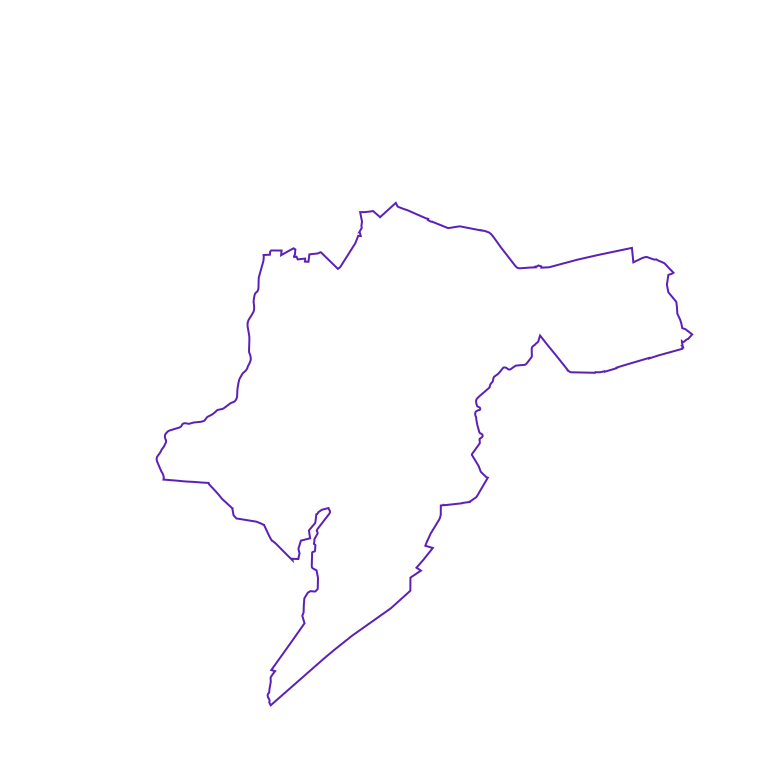 the district of Barkavas pag., Madona, Latvia, rotated 320°
{"feature_id": "27541924B85435526421867", "entity_name": "Barkavas pag.", "entity_type": "district", "adm_level": 2, "iso_a3": "LVA", "parent_name": "Latvia", "parent_adm1": "Madona", "projection": "mercator", "projection_center": [26.589, 56.738], "detail": "fine", "context": "isolated", "style": "outline", "palette": "violet", "viewbox_px": 768, "rotation_deg": 320, "n_neighbors": 0, "source": "geoboundaries", "source_scale": "gbopen_adm2", "svg_char_len": 6097}
<svg xmlns="http://www.w3.org/2000/svg" viewBox="0 0 768 768"><g transform="rotate(320 384 384)"><path d="M661.4,439.1L630.6,422.6L616.4,415.3L612.1,413.1L585.5,400.7L579.3,396.0L580.1,395.0L578.4,392.4L577.6,392.4L577.1,392.3L575.0,391.2L574.9,391.3L574.9,391.9L570.9,388.8L562.3,382.6L561.3,381.5L560.7,380.3L560.5,377.8L561.4,354.0L561.9,348.1L562.4,341.0L562.4,338.0L561.8,335.3L560.3,332.9L560.2,332.4L557.2,328.6L557.1,328.8L543.4,311.9L533.3,305.8L525.5,291.2L525.3,290.7L525.1,290.7L524.3,289.7L523.0,286.5L524.0,285.9L522.8,284.3L522.5,283.8L513.5,265.6L511.6,262.6L509.0,257.9L508.6,257.0L508.5,256.7L509.5,252.9L505.3,253.0L488.2,253.7L488.1,252.6L486.8,244.5L484.2,242.9L479.9,240.1L476.2,237.0L471.8,245.0L471.5,245.5L468.4,248.3L467.3,250.1L462.7,251.8L462.9,251.9L462.6,253.0L461.3,255.7L459.5,253.9L452.6,257.7L451.0,258.2L440.4,261.6L425.6,266.3L422.7,266.2L420.3,242.6L420.0,242.2L417.1,241.4L411.4,237.5L411.2,237.5L410.1,236.8L404.7,241.8L402.1,239.4L402.7,239.0L404.2,237.2L398.0,233.1L398.8,230.2L396.8,229.0L397.0,228.4L399.1,227.5L399.7,226.9L402.1,224.3L402.6,224.0L401.9,221.9L397.1,220.9L388.0,219.2L391.3,215.9L383.4,209.2L381.9,209.4L379.7,211.6L375.1,208.1L374.5,207.8L373.9,208.9L373.2,209.8L370.6,212.3L356.6,221.9L354.6,224.0L352.1,226.9L349.3,230.0L348.7,230.5L347.7,231.1L346.6,231.7L344.6,231.7L343.8,231.8L343.1,232.1L342.3,232.5L339.6,234.6L337.6,236.5L336.1,238.4L334.7,240.7L332.6,243.2L331.0,244.5L330.2,244.9L327.2,246.0L321.4,247.9L319.3,249.2L318.7,249.6L318.1,250.3L316.3,252.5L315.4,254.2L312.0,260.0L311.1,261.4L308.4,264.6L302.2,271.5L301.1,272.9L300.1,275.8L299.5,277.0L298.6,278.5L297.6,279.7L296.4,280.5L294.7,281.5L291.5,282.8L289.9,283.7L289.1,284.2L286.7,284.9L284.6,285.0L283.3,284.9L282.3,285.1L276.9,287.1L275.5,287.9L272.6,290.1L271.0,291.6L269.2,293.0L267.4,294.8L263.4,299.2L262.6,299.9L260.9,300.7L259.8,301.1L257.9,301.3L254.4,300.1L253.2,300.0L246.9,299.7L244.4,299.4L240.2,297.1L239.0,296.8L236.7,297.0L232.8,296.9L228.0,295.8L227.2,295.7L223.0,296.6L222.4,296.6L219.5,295.3L214.4,291.8L213.3,291.1L209.5,289.4L208.8,288.9L208.3,288.4L206.6,286.3L206.0,285.9L204.9,285.3L203.7,285.2L201.3,286.1L200.3,286.0L199.5,285.9L189.6,281.7L188.7,281.5L187.7,281.4L185.3,281.7L184.3,281.9L183.5,282.3L182.8,282.9L182.2,283.5L181.9,284.1L181.2,285.7L180.9,286.7L180.5,287.5L179.9,288.2L179.3,288.6L175.1,290.5L171.9,291.2L171.1,291.5L170.1,292.0L168.3,292.7L164.6,293.6L163.0,294.1L161.9,295.0L161.2,295.9L160.4,297.3L159.8,299.4L157.4,307.3L157.1,308.6L157.1,309.2L156.5,311.6L155.6,313.4L155.0,314.3L153.6,315.5L154.3,316.1L156.6,318.4L162.0,323.7L169.7,331.5L174.6,336.0L181.0,342.3L186.1,347.1L185.5,348.4L186.0,356.5L186.2,362.7L186.1,367.9L187.9,381.7L188.0,381.9L187.7,382.0L184.3,388.0L184.5,392.1L197.9,407.6L200.6,412.9L200.9,413.8L201.0,413.8L201.4,414.8L201.5,414.9L198.8,425.0L197.9,428.8L197.4,432.0L197.7,432.3L198.5,436.2L199.8,452.0L200.6,460.2L201.3,458.9L205.9,463.0L206.2,462.8L206.1,462.7L210.4,459.5L212.4,455.4L212.6,455.2L219.6,450.6L219.9,450.7L228.2,454.7L230.3,451.3L232.3,448.0L233.9,447.6L241.8,446.3L243.7,444.8L248.4,440.3L249.3,440.7L251.6,440.0L255.5,440.4L261.7,443.3L260.8,446.7L260.4,447.3L259.8,447.8L258.8,448.2L240.0,452.3L238.4,453.0L238.1,453.2L237.9,454.5L237.7,454.9L237.4,455.4L237.1,455.8L230.8,458.2L230.6,458.4L229.9,459.5L227.7,461.2L227.5,461.6L227.9,462.9L227.9,463.3L224.1,467.3L223.4,467.7L221.3,466.8L221.0,466.8L220.4,467.1L216.7,471.4L215.8,472.3L215.0,473.2L211.4,477.3L210.9,478.3L210.9,478.6L211.0,479.6L212.5,483.3L212.4,483.7L208.8,490.1L201.6,498.3L201.4,498.4L198.1,498.8L197.5,498.4L194.5,495.4L191.5,494.9L185.2,497.0L180.3,502.0L175.6,507.3L172.4,509.1L169.3,516.2L148.7,521.7L113.8,530.7L116.0,534.0L112.1,534.8L108.5,535.9L105.8,539.4L100.4,543.9L97.6,546.6L95.7,546.9L94.5,548.0L93.6,549.8L93.7,550.4L93.2,552.2L92.8,553.1L91.4,554.2L90.7,557.3L162.2,555.7L174.0,555.7L197.8,556.3L245.0,560.2L271.3,559.3L279.8,549.3L292.3,550.7L290.8,545.6L301.0,544.0L316.0,541.0L311.7,534.5L315.9,532.1L316.0,532.2L323.5,528.6L339.5,523.2L340.8,522.5L343.5,520.6L349.4,513.6L351.6,515.0L351.9,514.8L352.4,515.7L367.2,525.6L367.5,525.5L373.3,529.1L373.3,528.9L373.9,529.1L373.9,529.3L381.9,530.0L382.9,529.8L403.3,522.5L402.5,521.2L402.5,520.4L402.4,520.1L401.7,513.5L403.6,508.2L403.8,507.5L405.7,495.2L405.8,494.7L406.5,494.2L418.8,491.1L419.5,490.8L421.2,488.4L421.9,487.5L424.9,487.7L425.6,487.6L426.2,487.1L426.6,486.6L426.8,485.9L426.6,484.7L426.0,483.7L426.0,483.1L426.0,482.3L428.4,477.0L429.3,475.1L431.3,471.5L432.4,469.8L432.8,469.3L433.3,468.4L433.7,466.9L434.5,465.6L435.8,464.5L436.5,464.2L437.3,464.2L439.4,464.7L440.3,465.3L440.9,465.4L441.6,465.1L442.1,464.3L442.2,463.6L441.2,461.2L441.2,460.6L441.8,459.1L442.4,457.9L443.7,456.1L445.2,455.1L445.7,455.0L448.9,454.7L462.6,454.5L464.3,453.2L465.2,452.7L466.6,452.3L468.4,452.1L469.1,451.8L471.7,449.8L472.7,449.3L473.7,449.3L477.6,449.6L480.1,449.3L485.6,448.2L486.3,448.3L487.3,449.1L487.6,449.5L488.1,450.3L488.6,452.5L489.1,453.4L489.8,453.8L490.9,454.1L492.7,454.2L496.6,454.6L498.2,455.6L504.0,459.7L505.2,460.1L506.0,460.0L507.0,459.9L514.5,458.2L514.8,458.0L515.6,457.2L520.0,451.7L520.9,451.1L522.0,450.8L523.4,450.8L524.5,451.0L526.7,450.7L528.1,450.8L529.3,450.7L534.7,447.2L534.3,460.7L534.2,472.0L533.7,491.8L533.4,491.9L534.4,494.7L535.0,495.4L552.9,511.1L553.5,510.8L556.9,513.8L561.0,515.9L560.8,516.4L572.3,521.4L572.6,520.9L580.0,524.0L603.8,534.4L603.4,534.8L612.8,538.6L635.1,548.8L635.7,548.1L636.6,548.5L637.0,547.5L636.9,547.0L636.9,546.7L637.0,546.8L637.3,546.5L638.0,545.6L638.3,544.9L639.2,543.3L639.7,542.7L639.8,543.3L640.0,543.8L640.5,544.3L641.0,544.5L644.0,544.4L644.7,544.5L645.9,545.0L652.0,544.1L650.1,535.7L648.4,532.9L650.7,528.7L652.3,524.8L653.9,518.7L657.9,513.3L660.7,509.0L660.8,496.5L664.6,489.7L672.0,483.2L675.5,484.6L677.3,484.8L676.8,478.5L676.5,472.4L676.4,471.8L676.2,471.2L673.1,465.0L672.7,463.5L672.2,463.3L671.3,462.7L670.8,462.1L670.5,461.7L667.0,455.7L666.1,455.0L665.0,454.4L662.7,453.5L653.2,451.1L661.4,439.1Z" fill="none" stroke="#5b21b6" stroke-width="2"/></g></svg>